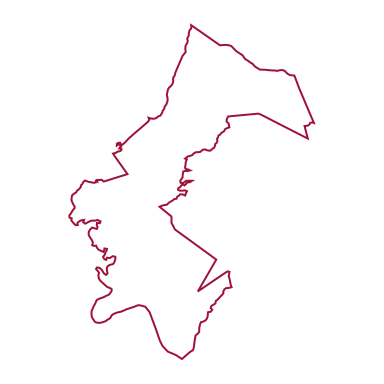 Viana, Maranhão, Brazil (Robinson projection), rotated 89°
{"feature_id": "56859067B39245946718255", "entity_name": "Viana", "entity_type": "district", "adm_level": 2, "iso_a3": "BRA", "parent_name": "Brazil", "parent_adm1": "Maranhão", "projection": "robinson", "projection_center": [-44.985, -3.13], "detail": "fine", "context": "isolated", "style": "outline", "palette": "rose", "viewbox_px": 384, "rotation_deg": 89, "n_neighbors": 0, "source": "geoboundaries", "source_scale": "gbopen_adm2", "svg_char_len": 5053}
<svg xmlns="http://www.w3.org/2000/svg" viewBox="0 0 384 384"><g transform="rotate(89 192 192)"><path d="M358.8,204.9L353.3,198.5L351.5,196.2L350.2,193.8L348.7,193.2L346.9,192.8L344.6,192.5L342.3,192.2L340.5,191.9L338.2,191.5L335.5,190.9L333.9,188.9L332.1,187.3L330.4,187.2L327.8,187.1L325.9,186.6L324.3,186.2L322.2,185.2L321.8,183.1L320.6,180.7L318.6,179.2L316.9,178.6L314.8,178.3L312.5,178.1L312.0,175.3L310.1,173.8L308.5,175.3L306.7,174.9L305.4,173.2L303.9,170.6L301.2,170.0L300.2,168.4L298.6,166.9L296.3,164.7L295.1,163.4L293.9,162.4L292.2,162.5L290.0,161.4L288.8,159.9L288.5,156.7L287.9,154.1L285.1,155.0L281.8,155.5L279.8,155.9L277.0,156.7L275.2,156.5L272.5,155.9L272.0,157.7L273.1,159.7L276.0,164.2L291.5,187.9L260.0,168.9L241.3,193.6L234.0,203.3L229.2,209.7L222.3,213.1L218.3,212.9L216.0,213.1L214.5,214.9L206.2,224.7L205.2,222.3L204.6,220.1L204.3,217.5L202.8,215.8L201.5,214.2L200.8,212.6L199.9,211.2L198.8,210.0L198.5,207.7L196.3,206.7L195.5,205.2L194.2,204.0L194.2,201.4L195.4,198.9L193.1,198.1L191.1,197.0L190.2,199.4L190.5,201.2L190.5,204.1L189.4,206.1L187.9,205.6L186.8,203.6L185.3,202.7L184.2,200.7L185.3,199.5L183.9,197.9L182.3,196.4L182.2,194.0L180.8,191.7L180.7,194.0L180.7,195.9L180.7,197.9L181.9,199.1L182.7,200.6L182.7,203.1L180.9,203.6L179.0,202.5L177.4,201.2L175.3,201.1L173.5,200.7L171.4,200.4L170.7,198.5L171.0,196.5L170.4,193.6L169.3,195.8L169.0,197.5L167.8,198.5L166.2,198.3L163.7,197.9L161.6,197.6L159.3,196.6L158.5,198.3L157.6,197.1L156.4,195.6L155.8,193.0L155.0,190.9L153.8,190.0L152.4,187.8L152.3,185.9L152.1,183.2L149.9,180.3L149.6,178.3L150.8,175.4L151.0,172.9L149.2,170.9L148.2,169.2L146.3,168.2L144.4,167.9L142.8,166.1L140.7,165.7L139.3,166.1L137.5,164.9L136.0,164.5L134.9,162.7L133.5,161.6L131.8,158.9L129.6,157.6L128.6,155.5L128.0,153.5L126.4,153.8L124.1,154.2L122.1,156.2L120.2,156.1L117.2,154.7L116.8,151.0L114.8,124.3L115.8,121.8L128.0,99.0L140.6,75.3L128.0,78.3L127.7,75.2L126.6,73.5L125.0,72.6L124.5,70.6L125.1,68.9L109.9,75.1L95.9,80.7L91.3,82.6L77.4,87.6L76.8,92.2L75.1,94.8L72.6,97.1L71.7,99.2L71.7,101.6L72.4,104.9L71.9,107.3L71.9,109.3L71.7,111.4L71.4,114.5L71.0,117.1L71.0,119.4L70.7,122.3L69.6,123.9L67.5,127.1L66.1,128.2L64.9,129.2L63.3,131.8L61.8,133.6L60.2,136.3L59.0,137.3L57.4,138.2L56.1,139.2L54.6,141.4L52.0,145.2L50.1,147.0L48.8,148.3L46.8,150.0L45.8,153.1L45.5,155.2L45.6,158.2L45.8,161.5L35.4,175.8L25.2,189.9L27.3,189.8L28.8,190.2L30.0,191.5L32.8,192.4L35.5,192.5L37.2,193.5L38.6,194.2L40.2,193.6L42.6,194.0L45.6,195.8L48.4,196.2L52.0,195.9L53.5,197.2L55.8,199.1L72.2,206.5L75.5,207.4L76.9,208.5L78.4,209.0L80.1,208.8L81.7,209.0L83.7,209.7L85.7,211.2L87.0,212.9L88.9,214.2L92.1,215.0L94.9,215.5L97.0,214.9L99.0,214.8L100.6,214.9L102.2,215.4L104.3,216.3L106.1,217.8L108.2,218.2L110.2,219.8L112.2,220.4L113.6,221.4L115.0,222.2L116.1,224.9L117.5,226.4L118.1,228.9L117.9,231.4L117.0,234.1L119.2,233.5L121.3,235.1L128.2,243.4L131.8,247.8L137.4,254.4L139.7,256.6L142.1,259.0L144.4,262.2L147.2,263.9L147.4,261.9L149.0,261.9L150.0,263.4L150.3,265.6L151.6,267.6L152.2,270.3L155.4,268.3L173.0,256.2L180.0,280.1L178.2,282.1L178.4,284.7L178.3,286.6L180.0,286.5L179.2,287.9L180.8,288.2L181.1,290.3L180.5,292.5L180.3,294.5L179.6,296.3L178.7,299.0L180.4,300.8L182.0,301.4L183.2,302.7L185.4,303.3L187.8,305.6L188.6,306.9L190.4,307.8L191.7,310.2L193.4,312.0L196.1,312.5L198.3,312.6L201.8,311.2L204.5,309.6L206.0,309.6L207.4,310.9L209.1,312.1L210.8,313.1L213.4,315.1L215.5,314.9L216.3,312.7L218.3,313.2L220.1,311.7L221.5,310.7L223.1,308.9L223.0,306.8L221.4,307.2L219.9,306.1L218.4,303.3L218.0,300.4L220.3,301.3L221.8,299.3L220.2,296.1L219.3,294.3L218.8,291.6L219.0,289.4L218.3,287.0L219.8,284.0L221.6,284.7L221.2,287.5L223.6,287.8L225.4,287.0L227.3,287.8L226.7,289.8L225.8,292.4L228.0,294.7L229.8,295.8L231.7,296.1L233.6,295.9L238.1,293.1L240.4,292.1L242.1,292.2L243.5,292.7L244.2,291.1L243.9,288.8L246.0,288.0L247.9,286.6L249.5,283.6L250.3,281.6L248.7,280.9L246.9,280.5L247.4,278.0L248.9,278.3L250.4,279.3L252.9,280.2L255.4,282.1L257.6,280.8L258.4,279.0L256.2,278.1L256.6,275.2L254.8,272.5L255.4,269.8L257.4,269.7L261.1,271.0L262.7,272.3L263.5,275.7L264.7,277.6L266.2,278.4L267.8,278.5L269.7,278.3L272.0,277.9L273.4,279.4L271.8,281.5L270.2,282.4L268.1,283.7L266.3,285.6L265.8,288.4L267.3,289.3L269.2,287.7L271.1,286.4L273.3,287.0L275.2,286.9L277.1,286.5L278.9,285.4L280.1,284.2L281.9,282.3L285.4,278.5L286.7,275.4L287.8,274.0L289.9,274.2L293.1,276.8L294.5,279.9L295.6,282.2L296.3,284.2L297.3,287.2L298.0,288.6L299.7,289.9L301.7,290.6L303.8,291.9L305.9,292.9L309.2,294.4L310.8,294.6L313.7,294.6L316.1,293.9L318.0,292.7L320.0,291.4L320.8,290.0L321.3,286.9L320.7,283.8L319.6,280.5L318.5,279.2L317.7,277.6L316.7,276.0L314.2,274.6L312.9,273.2L311.7,270.4L311.0,268.1L310.6,265.7L309.8,263.5L308.8,260.9L308.0,259.3L307.4,257.1L305.9,252.2L304.3,248.1L304.4,245.8L305.9,240.7L311.4,236.5L327.3,230.9L340.1,226.7L345.6,224.1L351.2,218.9L354.6,211.2L358.8,204.9ZM144.4,262.2L142.9,262.3L141.5,263.0L141.5,264.8L142.5,266.3L144.3,266.4L143.0,264.4L144.4,262.2Z" fill="none" stroke="#9f1239" stroke-width="2"/></g></svg>